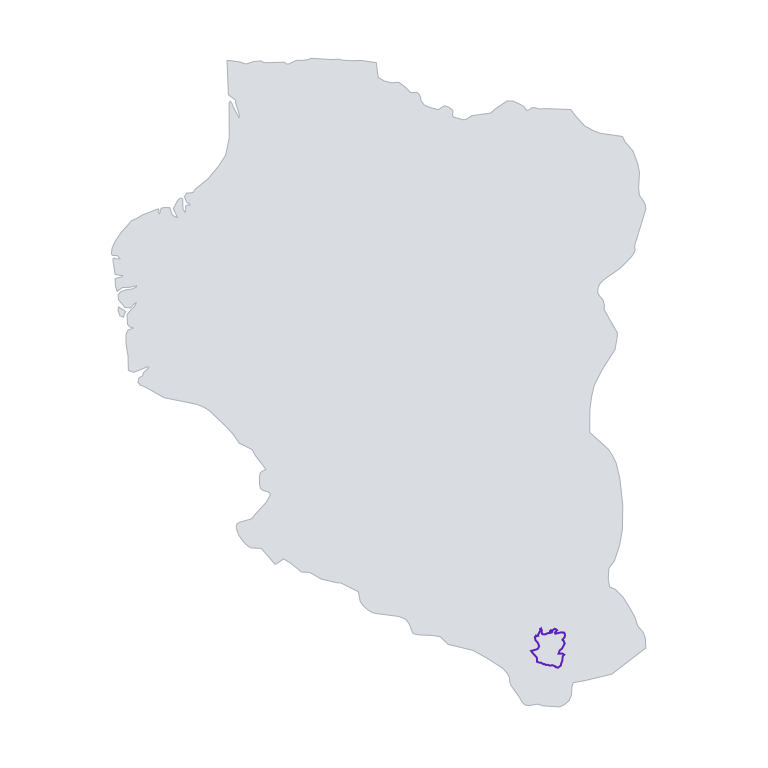 Mafa, Borno, Nigeria shown in context, rotated 88°
{"feature_id": "59680162B20020413332718", "entity_name": "Mafa", "entity_type": "district", "adm_level": 2, "iso_a3": "NGA", "parent_name": "Nigeria", "parent_adm1": "Borno", "projection": "orthographic", "projection_center": [13.35, 11.959], "detail": "fine", "context": "in_parent", "style": "outline", "palette": "violet", "viewbox_px": 768, "rotation_deg": 88, "n_neighbors": 0, "source": "geoboundaries", "source_scale": "gbopen_adm2", "svg_char_len": 5604}
<svg xmlns="http://www.w3.org/2000/svg" viewBox="0 0 768 768"><g transform="rotate(88 384 384)"><path d="M656.9,131.5L681.9,166.5L687.2,192.5L689.2,205.3L693.4,206.8L701.2,207.4L706.8,210.0L710.2,214.2L712.4,218.2L712.8,220.6L711.2,236.1L709.3,241.8L710.4,249.5L710.1,252.8L709.2,255.0L705.8,257.6L701.0,260.1L689.7,267.6L686.5,268.7L681.7,268.9L677.6,270.8L672.7,274.8L662.2,289.7L653.2,304.7L646.5,329.0L638.6,336.5L637.1,343.2L635.9,358.4L634.7,362.9L633.4,364.2L624.8,367.1L619.8,370.6L616.8,377.4L613.0,400.7L611.6,404.5L608.8,408.5L604.4,412.9L600.6,415.3L590.7,416.9L581.2,434.3L581.1,437.4L576.9,453.2L569.6,465.2L569.1,472.8L560.0,483.3L555.3,490.5L560.1,498.0L560.4,499.2L544.8,511.7L543.9,513.6L543.2,522.4L541.9,524.7L539.1,527.9L534.8,531.4L530.5,534.1L525.7,536.0L521.0,536.7L518.4,535.5L517.0,532.9L514.4,522.1L513.1,519.8L510.1,517.7L498.1,505.8L490.9,501.6L489.3,501.9L488.1,503.0L486.0,508.9L484.0,511.1L480.1,511.8L473.5,511.8L468.6,510.9L467.5,509.7L465.2,505.0L450.2,515.6L445.0,517.9L438.2,530.6L428.8,536.7L422.3,542.1L404.8,559.2L401.3,564.2L397.8,571.7L390.1,604.0L378.0,624.0L376.3,628.3L375.6,628.1L374.0,629.9L369.4,628.7L367.3,624.9L364.5,624.2L359.5,618.6L358.5,619.5L363.6,633.6L361.6,639.0L347.0,638.8L334.3,640.4L325.6,640.1L321.3,638.0L319.4,632.7L318.7,633.3L318.2,636.1L315.4,638.2L305.7,638.4L301.4,634.7L298.0,630.7L294.3,628.8L294.8,630.5L299.1,634.5L298.5,640.1L290.6,646.4L285.6,646.7L282.6,643.8L281.0,639.2L280.3,632.4L278.3,628.0L277.2,627.9L278.5,635.3L278.5,642.1L282.1,647.5L276.4,649.0L269.5,649.1L268.7,647.1L267.9,642.7L266.7,641.5L265.2,648.9L251.1,650.6L249.1,650.3L248.7,648.9L249.8,646.8L249.6,643.5L246.4,646.0L245.9,651.1L244.1,651.9L238.7,651.0L232.9,648.2L223.5,641.5L211.9,630.5L210.1,625.7L206.8,619.8L201.0,603.5L202.1,602.8L204.8,603.7L206.1,602.3L201.3,601.0L200.3,599.8L200.0,596.2L200.3,591.9L207.6,589.8L209.4,587.2L210.4,584.6L201.3,588.4L192.9,583.6L191.1,580.7L192.1,578.7L201.9,578.8L205.4,576.8L203.2,576.0L199.5,576.0L198.2,574.6L198.3,571.3L197.1,572.0L195.5,574.9L189.7,576.9L186.4,574.6L186.2,569.8L185.5,567.6L182.7,565.8L172.9,552.8L160.6,541.8L149.6,534.2L132.9,530.1L97.9,529.0L96.0,527.9L98.1,526.3L101.2,525.3L112.6,519.8L110.7,519.0L99.0,522.2L94.9,522.5L89.6,529.4L55.2,529.6L55.4,526.4L57.1,517.1L59.4,510.7L57.2,502.8L56.8,495.7L58.3,493.5L58.8,490.9L58.9,472.6L60.8,470.0L60.9,468.2L57.5,460.3L57.7,454.3L57.2,448.5L56.0,445.8L58.0,423.6L57.7,418.1L58.9,414.3L59.8,404.7L59.9,395.3L62.6,380.5L77.4,379.1L81.1,373.4L83.3,366.1L82.9,358.8L87.8,352.6L93.7,347.2L93.7,340.9L95.3,339.1L98.1,337.7L102.0,337.1L106.5,334.2L109.1,328.9L111.7,320.2L108.1,314.1L108.3,312.7L109.8,309.5L112.2,306.4L114.0,305.4L118.2,306.4L119.7,305.1L122.7,295.6L122.5,293.0L118.8,286.5L117.1,269.0L116.1,266.7L113.1,263.5L105.4,251.0L105.7,245.2L109.4,237.9L111.7,234.4L114.9,232.5L115.6,230.8L114.7,228.7L113.2,227.1L113.0,223.7L114.7,219.1L114.4,214.0L116.2,187.9L122.9,183.0L132.8,174.8L138.1,166.0L140.9,159.4L145.0,137.0L150.1,134.8L160.1,126.9L173.3,122.6L181.9,121.3L196.7,122.7L204.3,122.2L210.9,117.9L213.9,116.7L218.0,116.1L254.9,128.8L258.3,128.4L261.1,129.2L265.7,132.4L276.3,143.6L287.5,160.7L291.0,164.4L294.5,166.4L298.2,167.2L301.0,167.0L303.7,165.4L307.4,162.3L312.9,161.0L317.4,161.4L341.0,149.0L343.3,148.9L357.6,151.9L376.9,165.2L392.7,174.0L403.9,177.0L417.1,179.2L439.6,180.1L456.9,162.2L463.3,158.3L470.9,154.8L486.8,151.6L513.0,149.6L537.6,150.8L552.9,154.0L569.0,160.0L575.9,165.7L586.9,166.7L594.7,165.6L597.3,160.0L605.2,152.6L617.0,145.8L626.6,141.0L634.5,138.9L641.6,133.4L647.2,131.7L656.9,131.5ZM306.6,645.6L301.2,647.2L297.7,646.7L302.5,639.5L305.0,641.1L308.1,641.8L306.6,645.6Z" fill="#d9dde1" stroke="#a8b0b8" stroke-width="1"/><path d="M673.6,220.0L671.4,217.0L670.1,216.9L668.9,216.4L666.8,215.5L662.2,214.8L660.9,213.3L659.6,215.0L659.6,219.0L656.5,217.7L656.0,217.3L654.8,215.4L652.1,213.9L649.6,212.4L648.7,213.0L647.7,213.1L647.2,213.3L645.9,214.6L644.8,213.7L643.5,212.4L641.5,211.9L640.6,212.0L640.0,212.1L639.2,212.4L638.7,212.7L638.8,213.3L638.8,213.7L638.8,214.0L638.7,214.2L638.5,214.3L638.4,215.7L639.5,221.5L638.3,221.9L636.9,220.4L636.1,219.6L635.1,220.8L634.6,222.1L636.0,223.9L635.9,225.9L636.8,226.8L637.0,226.8L637.1,226.7L637.3,226.5L637.4,226.4L637.2,225.2L637.3,225.0L637.3,224.8L637.4,224.6L637.5,224.6L637.8,224.8L638.1,224.9L638.1,225.0L638.0,225.5L637.8,226.2L637.9,226.5L638.6,226.5L638.7,226.8L638.7,227.0L638.7,227.5L638.6,227.9L638.7,228.5L638.7,229.1L639.0,229.8L639.4,230.4L639.4,230.5L639.7,231.0L639.8,231.5L639.8,231.9L639.8,232.5L639.8,232.9L639.7,233.5L639.5,234.5L638.5,234.9L637.5,235.0L636.1,235.4L635.9,235.0L635.8,234.8L635.7,234.8L635.6,235.0L635.4,235.1L635.2,235.2L635.0,235.3L634.9,235.3L634.7,235.3L634.5,235.5L634.4,235.7L634.3,235.8L634.2,235.8L634.3,235.9L634.2,235.9L634.2,236.0L634.2,236.3L634.3,236.3L634.5,236.4L634.5,236.5L634.8,236.5L634.9,236.3L635.6,236.3L636.3,236.4L636.6,236.7L637.1,237.2L637.4,237.3L637.9,237.5L638.2,237.6L638.4,237.6L638.7,238.1L640.7,239.0L641.0,238.8L641.1,239.2L641.1,239.3L641.1,239.7L641.4,240.2L641.1,240.6L640.8,240.9L641.0,241.0L641.2,240.9L641.6,241.4L642.2,242.1L643.0,242.0L645.4,241.5L646.9,240.2L648.0,239.3L649.7,238.7L651.5,238.1L654.0,239.5L654.7,241.2L655.9,246.3L658.2,244.7L662.6,240.9L664.1,240.7L666.9,240.8L667.9,238.4L668.0,236.9L668.6,235.7L669.3,235.0L669.5,234.6L669.6,234.2L669.4,233.8L669.4,233.7L669.5,233.4L669.9,232.8L670.4,232.3L670.4,231.6L670.3,230.9L670.4,230.0L671.3,227.9L671.0,226.5L670.8,225.7L672.4,222.2L672.9,222.3L673.6,220.0Z" fill="none" stroke="#5b21b6" stroke-width="2"/></g></svg>